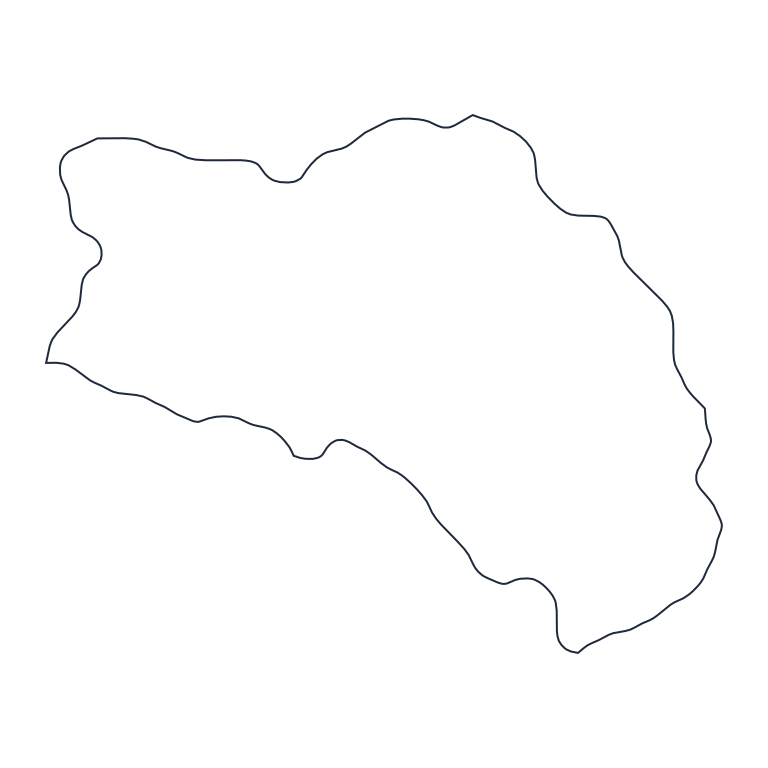 the district of Altamira, Puerto Plata, Dominican Republic
{"feature_id": "3306468B71353623072064", "entity_name": "Altamira", "entity_type": "district", "adm_level": 2, "iso_a3": "DOM", "parent_name": "Dominican Republic", "parent_adm1": "Puerto Plata", "projection": "orthographic", "projection_center": [-70.789, 19.642], "detail": "fine", "context": "isolated", "style": "outline", "palette": "slate", "viewbox_px": 768, "rotation_deg": 0, "n_neighbors": 0, "source": "geoboundaries", "source_scale": "gbopen_adm2", "svg_char_len": 3632}
<svg xmlns="http://www.w3.org/2000/svg" viewBox="0 0 768 768"><path d="M293.7,455.8L300.5,458.0L305.5,458.8L312.8,458.9L317.4,457.9L319.4,457.1L321.2,455.9L322.7,454.4L327.0,447.6L329.8,444.5L331.5,443.0L335.3,440.8L337.6,440.1L342.4,439.9L344.8,440.4L349.0,442.0L356.8,446.5L365.6,450.7L371.5,454.9L380.7,462.8L386.5,467.1L390.7,469.4L397.4,472.5L401.6,475.2L405.6,478.4L411.4,483.7L416.9,489.3L422.1,495.2L426.7,501.4L428.9,505.8L432.0,512.5L436.1,518.7L441.1,524.6L457.4,541.4L464.4,549.1L468.8,555.2L473.0,564.0L475.3,568.1L478.2,571.7L481.7,574.8L483.7,576.2L488.0,578.3L498.0,582.6L502.0,583.8L504.0,583.9L506.0,583.7L507.9,583.1L515.4,579.9L520.1,578.8L527.5,578.4L532.5,579.0L534.9,579.8L539.2,582.0L543.1,584.9L546.7,588.3L549.9,591.9L552.8,595.9L555.0,600.3L555.7,602.7L556.7,610.4L556.9,631.2L557.5,636.2L558.9,641.0L561.5,645.0L564.8,648.3L566.7,649.6L571.0,651.5L578.0,652.9L583.6,648.2L587.4,645.4L591.7,643.2L598.4,640.3L608.6,634.9L613.1,633.2L625.3,631.0L630.1,629.7L634.3,627.7L642.4,623.3L649.1,620.5L653.4,618.2L657.2,615.5L670.3,604.9L674.3,602.4L683.1,598.4L689.0,594.5L692.7,591.3L697.8,586.1L700.8,582.4L703.4,578.3L707.3,569.3L711.7,561.1L713.7,556.9L715.1,552.0L717.5,539.9L721.2,529.9L721.9,525.9L721.7,523.8L720.4,519.9L713.7,505.3L709.5,499.5L700.2,488.6L697.8,484.7L696.9,482.5L696.3,480.1L696.3,475.2L697.5,470.6L702.9,460.8L706.6,452.1L709.4,446.4L710.8,442.6L711.0,440.5L710.8,438.5L709.7,434.7L707.3,428.7L706.2,424.0L705.6,419.0L704.9,408.5L693.5,396.8L690.0,392.8L686.8,388.6L684.4,384.1L681.5,377.4L677.1,369.2L675.2,364.9L674.0,359.9L673.3,352.2L673.4,331.1L673.1,323.3L671.8,315.7L669.9,310.9L667.1,306.6L662.0,300.6L633.4,272.3L628.1,266.4L625.0,262.2L622.6,257.7L621.8,255.3L618.9,240.6L617.3,236.1L610.9,224.4L608.5,220.8L606.9,219.2L605.0,218.0L600.6,216.6L593.5,215.9L578.3,215.6L570.8,214.5L566.1,212.7L560.1,208.6L554.5,203.7L547.6,196.7L542.8,191.0L538.9,184.9L537.9,182.7L536.6,177.8L535.1,160.1L534.2,155.1L533.4,152.6L531.0,148.0L526.1,141.7L520.3,136.3L513.8,131.8L504.9,127.9L492.5,121.5L480.5,117.9L472.7,115.1L454.6,125.4L450.4,127.1L448.1,127.5L443.3,127.5L441.0,127.0L436.8,125.4L428.8,121.6L423.8,120.2L418.4,119.3L410.1,118.7L401.8,118.7L393.6,119.5L388.4,120.8L365.0,132.7L350.7,143.8L346.4,146.6L341.8,148.6L327.5,152.1L322.9,154.1L316.6,158.7L311.2,164.2L306.5,170.1L301.7,177.4L300.1,178.9L295.7,181.2L293.3,181.9L288.1,182.5L280.1,182.1L274.8,180.8L272.3,179.8L268.5,177.3L265.3,174.2L259.1,165.8L257.6,164.3L255.6,163.0L251.1,161.4L246.0,160.6L240.6,160.2L206.6,160.3L195.4,159.6L187.5,157.8L177.1,152.8L172.7,151.1L160.7,148.2L156.0,146.7L145.6,141.7L138.3,139.4L132.9,138.7L124.6,138.2L97.4,138.4L82.1,145.6L73.3,149.1L69.1,151.3L65.6,154.4L64.0,156.1L61.6,160.2L60.7,162.6L59.9,167.5L60.2,175.0L61.5,179.9L66.5,190.3L68.1,194.8L69.1,199.8L70.7,214.8L71.8,219.7L72.8,222.0L75.3,226.0L78.5,229.3L82.2,231.9L92.4,237.1L95.9,240.0L97.5,241.7L100.0,245.6L100.8,247.9L101.4,250.3L101.6,255.0L100.8,259.5L98.7,263.4L97.3,264.9L92.3,268.3L89.0,270.9L86.1,274.1L83.7,277.9L82.8,280.2L81.7,285.0L80.1,300.1L79.1,305.0L78.3,307.4L75.7,312.2L72.4,316.5L57.4,332.5L52.6,339.0L51.4,341.4L49.7,346.2L46.1,362.9L56.5,362.8L63.8,363.7L68.2,365.1L75.2,369.3L90.0,380.3L94.3,382.6L101.0,385.5L111.2,390.9L113.4,391.8L118.3,393.1L136.0,395.0L143.3,396.6L147.6,398.6L155.7,403.0L164.7,407.0L176.7,414.2L193.2,421.2L197.2,421.9L199.1,421.7L208.8,418.3L215.9,416.8L223.5,416.3L231.2,416.7L238.6,418.3L249.0,423.3L253.4,425.0L265.5,427.6L270.2,429.2L272.6,430.4L276.9,433.4L280.9,436.9L284.5,440.8L289.4,447.1L291.8,451.7L293.7,455.8Z" fill="none" stroke="#1e293b" stroke-width="2"/></svg>